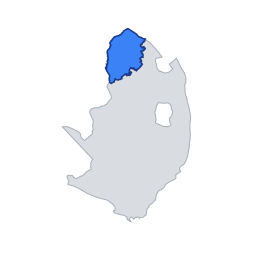 where Limpopo sits in South Africa, rotated 318°
{"feature_id": "ZAF-1210", "entity_name": "Limpopo", "entity_type": "Province", "adm_level": 1, "iso_a3": "ZAF", "parent_name": "South Africa", "parent_adm1": "", "projection": "natural_earth1", "projection_center": [29.071, -23.769], "detail": "fine", "context": "in_parent", "style": "filled", "palette": "blue", "viewbox_px": 256, "rotation_deg": 318, "n_neighbors": 0, "source": "natural_earth", "source_scale": "10m", "svg_char_len": 8417}
<svg xmlns="http://www.w3.org/2000/svg" viewBox="0 0 256 256"><g transform="rotate(318 128 128)"><path d="M172.6,52.2L178.0,51.4L180.5,51.9L183.4,53.2L186.2,53.6L190.8,53.2L192.4,53.4L193.7,53.8L194.6,54.5L195.9,59.7L197.0,65.2L197.0,66.9L197.1,67.6L198.4,70.0L198.9,71.4L199.7,72.6L201.3,78.5L201.5,79.5L201.4,93.7L200.8,95.4L201.0,97.7L200.3,98.0L195.7,95.1L194.9,95.2L193.6,96.3L192.4,97.9L191.8,99.4L189.5,103.2L189.3,105.6L189.5,107.7L190.3,107.8L190.8,109.3L192.1,111.7L194.2,113.2L196.1,113.9L198.9,114.1L201.0,114.0L200.9,112.4L201.4,108.1L205.1,108.6L210.4,108.5L210.0,111.3L208.0,117.7L206.7,124.9L205.1,128.5L204.2,130.0L201.6,132.7L200.2,133.5L199.1,133.8L194.6,139.2L193.0,141.8L191.5,145.5L190.0,147.6L187.9,152.0L184.1,158.5L181.0,162.8L179.6,164.0L178.6,164.6L176.1,167.1L172.6,171.1L169.9,174.6L165.9,178.6L163.5,180.4L160.1,183.8L159.1,184.3L155.2,187.5L152.4,189.5L147.8,191.7L146.0,192.4L141.7,191.8L139.8,192.1L138.3,193.5L138.2,195.4L137.6,195.7L133.6,194.8L132.0,195.0L131.0,196.0L130.3,197.3L128.0,197.4L123.9,196.0L119.1,195.2L118.0,195.1L115.7,196.1L114.9,196.3L111.5,196.1L109.7,195.4L107.9,195.4L106.5,195.9L104.8,196.1L100.4,199.8L98.1,199.8L96.1,200.2L92.6,199.7L91.5,200.0L90.5,200.6L88.1,200.9L87.2,201.5L83.2,204.8L81.5,204.5L79.4,204.4L76.9,202.6L76.0,202.7L76.3,202.2L76.3,201.3L75.4,200.3L74.5,200.3L74.0,199.5L72.5,199.5L71.4,199.7L71.0,196.6L70.5,196.3L69.0,196.2L68.3,196.3L68.0,196.6L67.7,197.3L67.7,199.5L67.2,198.9L66.6,197.6L66.4,196.2L66.5,194.5L67.6,193.9L67.2,191.9L65.4,188.3L64.3,187.5L63.5,185.7L62.6,185.0L62.3,183.7L61.4,182.7L61.1,181.1L61.5,180.1L62.2,179.6L62.9,180.4L63.8,180.1L65.0,178.9L65.7,177.2L65.7,174.3L65.4,172.5L64.3,167.9L63.8,166.8L61.5,163.5L58.7,159.1L55.2,152.1L53.5,148.0L50.9,139.5L48.7,134.7L45.9,130.2L45.6,130.0L46.0,129.4L47.3,128.4L48.0,128.1L48.3,128.2L48.6,127.9L48.9,127.3L49.1,125.7L49.7,124.0L50.3,123.3L51.5,122.8L52.4,123.5L52.8,124.1L53.0,124.9L53.5,125.3L54.1,125.2L54.6,125.7L54.9,126.7L54.9,127.5L54.5,127.9L54.6,128.5L55.1,129.3L55.6,130.9L58.2,131.8L59.6,131.9L61.0,132.3L62.2,133.0L64.3,133.2L67.2,132.8L69.6,133.0L71.5,133.7L72.9,133.9L73.7,133.4L74.0,132.8L73.9,131.9L74.3,131.4L75.3,131.1L76.0,130.5L76.5,129.4L77.8,128.6L79.9,127.9L80.9,127.9L80.0,83.3L83.8,86.4L84.7,87.8L86.5,92.0L88.5,97.2L88.8,99.6L88.8,100.2L86.9,103.6L86.9,105.2L87.1,107.2L87.6,108.2L88.2,108.5L89.5,108.0L91.5,108.5L95.4,108.3L97.3,108.5L97.8,108.4L98.2,108.0L98.7,106.8L99.1,106.4L100.9,105.9L101.7,105.2L103.0,102.9L106.7,99.8L107.2,99.0L109.5,91.6L110.2,90.5L111.2,89.8L113.3,89.3L114.6,89.6L115.9,90.2L117.5,91.3L119.7,93.3L120.5,93.6L122.8,93.7L124.2,95.1L128.4,96.0L129.6,95.9L130.9,95.2L133.1,95.2L135.4,94.7L136.8,93.4L139.5,85.3L139.7,83.5L140.0,83.0L142.3,82.1L144.9,81.4L145.5,81.0L147.2,78.7L149.4,76.8L150.9,70.3L151.9,68.8L152.5,68.1L152.9,68.1L153.4,67.7L154.2,66.9L155.0,66.4L156.1,66.3L156.7,65.7L157.0,64.8L157.5,64.4L158.3,64.4L158.7,64.2L158.8,63.6L160.4,62.2L160.5,61.6L161.4,60.3L163.3,58.1L165.0,56.9L166.6,56.6L169.7,55.5L170.7,54.4L171.4,53.0L172.6,52.2ZM167.7,148.3L170.3,147.2L172.3,145.8L172.7,143.1L174.2,141.5L174.8,140.0L175.2,137.9L174.3,135.7L173.1,135.1L170.8,133.2L169.9,131.9L168.5,130.8L167.6,129.5L166.0,129.9L163.6,131.0L162.1,131.9L160.9,133.1L158.7,133.9L156.6,137.5L155.9,138.3L154.3,140.9L151.9,142.2L151.9,142.7L152.6,144.8L153.8,146.9L154.9,148.7L154.9,149.7L155.2,150.6L156.3,151.2L158.0,153.3L158.9,154.0L161.5,154.5L161.9,154.4L162.6,153.1L162.7,152.2L164.5,149.4L165.2,148.5L167.7,148.3Z" fill="#d9dde1" stroke="#a8b0b8" stroke-width="1"/><path d="M173.8,51.8L174.4,52.0L174.7,52.0L174.9,51.9L174.9,52.0L175.1,52.0L175.7,51.6L175.9,51.6L176.5,51.7L176.8,51.6L176.9,51.4L177.1,51.4L177.4,51.4L177.8,51.2L178.0,51.2L178.2,51.3L178.3,51.3L179.0,51.2L179.2,51.3L179.8,51.7L180.2,51.8L180.4,52.0L180.8,52.0L181.2,52.3L181.5,52.4L181.8,52.6L182.2,52.8L182.3,52.8L182.6,53.1L182.8,53.2L183.0,53.2L183.5,53.2L183.9,53.2L184.1,53.4L184.2,53.5L184.5,53.7L184.9,53.8L185.3,53.8L185.7,53.7L185.9,53.7L186.2,53.5L186.4,53.4L186.6,53.4L187.3,53.5L187.6,53.5L187.8,53.6L188.1,53.6L188.3,53.4L188.5,53.3L189.7,53.2L190.0,53.1L190.3,53.2L190.9,53.2L192.0,53.5L192.4,53.7L192.5,53.7L193.0,53.5L193.3,53.6L193.5,53.8L193.8,54.0L194.0,54.1L194.3,54.1L194.6,54.5L197.1,63.7L197.1,64.1L196.9,66.8L196.9,67.3L197.1,67.8L198.1,68.9L198.3,69.4L198.7,70.9L199.1,71.9L199.2,72.2L199.4,72.4L200.1,72.9L200.2,73.1L200.2,73.3L200.3,73.5L200.1,73.5L199.9,73.6L199.6,73.5L199.0,73.9L199.0,74.0L198.9,74.4L198.8,74.5L198.6,74.5L198.4,74.5L198.3,74.4L198.3,74.2L198.2,74.1L197.9,74.1L197.7,74.5L197.4,74.3L197.2,74.3L197.0,74.5L196.9,74.5L196.7,74.3L196.1,74.2L195.8,74.5L195.7,74.6L195.4,74.6L195.2,74.7L195.0,74.8L194.9,74.9L194.5,74.8L194.4,74.8L194.1,75.1L193.9,74.7L193.6,74.3L193.3,74.4L193.2,74.7L192.9,74.7L192.4,74.9L192.3,75.1L192.7,75.1L192.7,75.4L192.5,75.8L192.1,76.2L192.2,77.8L193.0,77.8L193.5,77.7L194.0,78.3L193.2,78.5L193.2,79.2L193.7,79.2L194.2,80.1L193.8,80.7L192.1,80.8L191.3,81.0L191.2,80.3L190.3,80.4L189.2,79.5L188.9,79.5L188.8,80.1L188.9,81.0L188.6,81.1L188.2,81.4L188.5,81.8L188.7,82.5L188.3,82.8L187.9,82.9L187.8,83.0L188.1,83.3L188.1,83.8L187.7,84.3L186.7,85.0L186.4,85.4L185.7,84.2L185.1,84.3L185.0,84.6L183.3,84.3L183.2,85.0L183.2,85.9L183.3,86.3L182.9,86.5L182.9,87.4L182.7,87.5L182.3,87.3L181.8,86.9L181.2,87.2L181.5,87.9L181.4,89.0L181.4,90.1L180.8,90.1L180.3,90.2L180.0,90.6L179.3,90.5L179.1,90.8L178.1,90.5L177.6,90.9L176.6,91.0L175.9,90.9L175.4,91.0L174.9,90.9L174.8,90.6L174.0,90.6L173.8,90.9L173.4,91.0L173.2,90.6L172.7,90.8L173.0,90.1L173.0,89.7L172.3,89.9L172.2,89.5L171.7,89.3L171.7,87.8L172.2,87.8L172.6,87.4L172.0,86.9L171.5,86.7L171.0,86.9L170.7,86.1L170.4,86.1L170.3,85.5L170.7,85.3L170.5,84.9L169.6,85.3L169.1,85.3L168.8,85.3L168.6,85.4L168.0,85.6L167.4,86.1L167.5,86.7L166.9,87.0L166.0,87.4L165.8,87.5L165.7,87.7L165.3,87.9L165.0,88.1L164.8,88.2L164.8,88.3L164.8,88.5L165.2,88.8L165.6,88.7L165.9,88.6L166.1,88.5L166.4,88.3L167.3,88.0L167.4,88.3L167.7,88.7L167.9,88.8L167.9,89.0L167.7,89.2L167.4,89.3L167.0,89.3L166.5,89.3L166.3,89.4L166.1,89.7L165.6,90.0L165.0,90.0L164.9,89.8L164.2,89.9L163.5,88.8L163.2,88.6L162.8,88.6L162.6,88.6L162.4,88.2L162.0,87.9L162.0,87.6L162.1,87.4L162.3,87.4L162.8,87.6L163.0,87.7L163.3,87.6L163.4,87.3L163.4,87.0L163.3,86.8L163.0,86.5L162.2,86.2L161.8,86.0L161.3,86.0L160.8,85.9L160.6,85.9L160.5,86.0L160.4,86.1L160.2,86.1L158.7,85.9L158.4,86.0L158.2,86.1L157.8,85.7L157.6,85.7L157.4,85.8L157.1,85.8L157.0,86.0L157.0,86.3L157.0,86.5L156.6,87.2L156.5,87.3L156.4,87.3L156.2,87.2L156.1,86.8L156.0,86.7L155.5,86.8L154.8,86.8L154.0,86.1L152.9,85.9L152.6,85.3L152.2,84.9L151.9,84.7L151.6,84.2L151.5,83.0L151.4,82.8L151.3,82.7L151.1,82.7L151.0,82.8L150.9,83.2L150.5,83.5L149.3,84.0L148.7,84.4L148.6,84.5L148.1,84.4L147.8,84.2L147.5,84.0L147.3,83.9L145.6,83.8L145.4,83.7L145.4,83.4L145.1,82.9L145.0,82.6L145.0,81.6L145.7,80.8L145.8,80.7L146.0,79.8L146.3,79.5L146.6,79.2L147.2,78.8L147.8,78.1L147.9,77.9L148.1,77.7L149.0,77.4L149.4,77.1L149.5,76.9L149.7,75.9L149.7,75.3L150.4,72.1L150.5,71.8L150.4,71.5L150.7,70.9L150.6,70.7L150.9,70.1L151.0,69.6L151.4,69.9L151.6,69.9L151.7,69.7L151.6,69.4L151.6,69.1L151.8,69.2L152.0,68.9L152.1,68.7L152.3,68.6L152.3,68.4L152.2,68.2L152.3,68.2L152.5,68.2L152.6,68.3L152.7,68.1L152.8,68.1L153.0,68.2L152.9,67.9L153.1,67.8L153.4,67.6L153.8,67.4L154.0,67.3L154.2,67.1L154.4,66.7L154.5,66.5L154.7,66.9L154.8,66.8L154.9,66.6L155.2,66.5L155.3,66.8L155.4,66.7L155.6,66.5L155.7,66.4L156.1,66.4L156.4,66.3L156.6,66.2L156.7,65.9L156.8,65.7L156.7,65.4L156.8,65.3L156.9,65.0L157.1,64.7L157.2,64.4L157.3,64.4L157.6,64.5L158.1,64.1L158.4,64.5L158.5,64.5L158.7,64.3L158.8,63.9L159.0,63.8L158.8,63.5L158.8,63.4L159.2,63.3L159.3,63.3L159.3,63.1L159.6,62.9L160.1,62.7L160.4,62.5L160.6,62.1L160.5,61.6L160.5,61.3L160.6,61.2L160.8,61.2L161.2,61.0L161.4,60.9L161.5,60.7L161.7,60.2L161.6,59.9L161.8,59.7L162.2,59.6L162.3,59.2L162.6,59.1L162.8,58.9L162.7,58.5L162.7,58.4L162.8,58.2L163.1,57.8L163.2,57.7L163.6,57.7L164.0,57.1L164.6,56.7L165.0,56.6L165.8,56.6L166.4,56.7L166.6,56.7L166.8,56.5L167.0,56.4L167.2,56.5L167.5,56.5L167.8,56.3L168.6,55.9L169.0,55.7L169.4,55.6L169.6,55.5L169.6,55.3L169.7,55.1L170.0,55.1L170.4,55.2L170.6,55.0L170.8,54.5L170.9,54.4L171.0,54.3L170.9,53.4L171.1,53.1L171.3,52.9L171.5,52.7L171.7,52.4L171.8,52.3L173.0,52.3L173.2,52.2L173.4,52.0L173.6,51.9L173.8,51.8Z" fill="#3b82f6" stroke="#1e3a8a" stroke-width="1.5"/></g></svg>